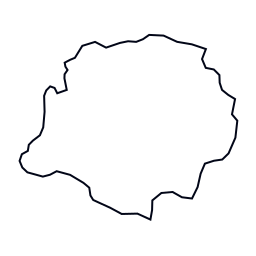 the Province of San Juan, rotated 178°
{"feature_id": "DOM-1393", "entity_name": "San Juan", "entity_type": "Province", "adm_level": 1, "iso_a3": "DOM", "parent_name": "Dominican Republic", "parent_adm1": "", "projection": "albers", "projection_center": [-71.244, 18.895], "detail": "fine", "context": "isolated", "style": "outline", "palette": "ink", "viewbox_px": 256, "rotation_deg": 178, "n_neighbors": 0, "source": "natural_earth", "source_scale": "10m", "svg_char_len": 986}
<svg xmlns="http://www.w3.org/2000/svg" viewBox="0 0 256 256"><g transform="rotate(178 128 128)"><path d="M85.7,62.5L96.9,61.9L106.2,54.8L106.8,45.1L108.8,35.7L121.6,42.1L137.3,42.3L148.4,48.8L160.4,54.8L165.3,57.3L167.9,61.9L168.8,69.7L174.4,74.7L187.5,83.2L200.8,87.3L207.6,84.0L214.8,82.4L222.4,84.8L230.1,87.2L235.0,92.2L237.5,98.9L235.0,105.5L228.9,108.6L227.7,114.7L223.5,118.7L216.3,123.8L212.7,131.6L210.8,147.1L210.7,163.1L208.4,168.4L204.3,172.3L200.0,170.6L197.5,165.2L187.9,168.2L189.8,179.9L189.5,183.9L186.4,188.1L188.4,191.5L189.0,195.5L183.4,198.2L178.6,200.0L170.8,211.7L157.9,215.2L147.1,209.1L133.1,213.3L124.9,214.7L116.8,213.8L110.0,216.2L103.6,220.3L89.2,219.1L75.9,212.4L61.3,209.4L47.4,204.2L51.6,194.3L48.2,185.4L40.2,183.5L34.8,177.7L34.8,170.0L32.7,162.8L26.7,157.6L20.0,153.2L23.6,138.0L18.5,131.5L21.0,114.6L28.4,99.1L34.9,93.2L43.2,92.3L52.4,89.7L57.0,79.8L60.5,66.5L66.5,55.3L76.5,56.9L85.7,62.5Z" fill="none" stroke="#020617" stroke-width="2"/></g></svg>